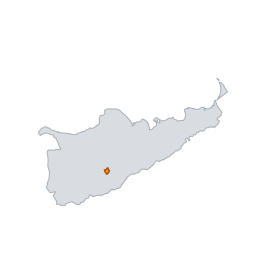 Rosario Vera Peñaloza, La Rioja, Argentina shown in context, rotated 234°
{"feature_id": "61730980B25026306557945", "entity_name": "Rosario Vera Peñaloza", "entity_type": "district", "adm_level": 2, "iso_a3": "ARG", "parent_name": "Argentina", "parent_adm1": "La Rioja", "projection": "orthographic", "projection_center": [-66.437, -31.455], "detail": "fine", "context": "in_parent", "style": "filled", "palette": "amber", "viewbox_px": 256, "rotation_deg": 234, "n_neighbors": 0, "source": "geoboundaries", "source_scale": "gbopen_adm2", "svg_char_len": 4086}
<svg xmlns="http://www.w3.org/2000/svg" viewBox="0 0 256 256"><g transform="rotate(234 128 128)"><path d="M154.7,79.9L153.1,82.4L153.3,84.1L151.7,88.0L152.0,88.8L150.8,90.6L151.0,92.7L150.3,94.6L150.4,97.1L149.9,97.9L149.0,98.0L148.1,101.4L148.6,104.8L147.9,105.4L148.9,107.9L152.5,110.3L154.2,112.6L154.2,113.6L153.1,114.8L152.9,115.9L153.3,117.5L154.1,118.5L155.9,119.3L155.9,121.5L155.5,122.8L151.7,127.5L150.7,129.5L147.4,131.5L139.2,133.4L132.8,134.1L129.2,133.7L126.9,132.6L127.0,135.4L128.1,136.2L127.5,136.3L128.0,136.8L127.6,139.0L126.8,139.5L126.2,141.3L126.1,142.9L126.8,144.3L126.0,145.6L123.3,146.9L120.1,147.1L114.3,144.9L114.5,144.5L114.2,144.4L113.3,144.8L112.8,146.6L113.4,149.5L113.2,152.0L113.5,152.8L115.6,153.8L115.4,154.8L116.1,154.9L117.6,154.7L117.8,153.9L117.1,153.6L119.1,153.0L119.8,154.1L119.8,156.6L119.4,157.3L117.8,157.8L117.4,157.6L116.6,155.8L115.8,155.4L113.5,156.3L113.3,156.9L116.5,158.3L114.1,159.6L112.2,161.9L112.0,166.3L111.6,167.5L110.3,168.6L110.1,169.4L110.5,169.9L110.3,170.7L107.8,170.5L106.1,171.8L104.5,172.3L101.7,177.2L102.1,179.5L105.3,182.9L109.2,183.9L109.7,185.0L109.6,186.4L109.1,187.2L107.6,187.9L108.9,187.9L109.4,188.6L102.5,194.7L101.6,196.5L101.3,200.2L100.8,200.9L99.4,201.7L98.4,200.9L97.7,199.6L97.7,200.7L96.4,201.1L98.0,201.1L98.7,202.0L96.7,203.4L96.1,204.6L95.9,206.3L95.2,207.3L95.8,207.1L96.5,210.3L94.9,210.6L96.9,211.1L99.2,214.8L99.0,215.1L98.9,214.7L93.1,213.2L85.3,213.2L85.3,212.7L83.4,210.8L83.6,209.4L83.2,208.2L83.5,207.0L83.2,205.7L82.5,205.3L80.0,206.2L78.2,202.7L78.2,200.7L77.6,199.4L77.9,197.8L79.2,197.6L79.5,195.9L81.1,194.5L81.0,192.8L82.0,191.8L82.2,191.0L81.1,188.9L81.6,186.6L83.3,184.7L83.0,182.5L84.0,181.3L83.0,178.4L84.0,177.1L83.4,176.4L83.3,174.8L84.3,174.3L84.9,172.6L83.7,171.1L81.7,170.7L81.6,169.9L85.2,169.7L85.5,168.4L85.3,167.7L82.5,167.5L82.4,165.8L82.9,164.7L82.4,163.6L82.5,162.6L81.7,161.1L82.4,160.4L80.4,159.0L80.3,156.4L80.6,155.8L80.3,154.4L81.9,153.1L81.0,150.6L80.9,145.9L80.5,144.7L81.4,142.7L80.8,141.5L81.5,140.5L81.1,138.1L82.0,137.8L82.4,133.6L84.5,132.3L85.0,131.4L83.2,126.2L83.2,124.2L82.9,123.3L83.2,122.2L82.8,120.5L83.3,118.4L84.9,117.6L85.0,116.9L86.5,115.4L86.3,112.0L85.5,110.3L86.3,109.7L86.8,107.0L87.9,104.3L88.9,103.7L88.6,100.6L88.9,97.8L87.5,97.3L87.8,95.3L87.2,94.9L86.9,92.8L85.9,90.9L85.8,90.1L86.3,89.5L85.2,88.8L84.5,87.1L84.6,85.5L84.7,84.5L85.8,83.6L85.6,82.9L86.4,79.6L87.6,79.4L88.2,78.2L87.5,77.6L87.6,75.7L87.0,72.9L88.1,71.5L88.9,67.1L91.5,63.9L93.2,59.0L94.6,58.9L96.2,57.8L94.6,54.7L95.5,52.7L94.4,48.5L94.7,47.0L95.6,46.0L94.6,44.5L94.9,43.1L96.3,41.6L101.4,39.3L103.4,32.9L102.3,31.7L105.1,28.0L107.2,27.3L108.0,25.4L110.6,27.2L115.2,27.3L117.4,28.1L119.0,31.9L121.5,27.0L127.8,26.9L129.0,28.8L131.3,30.9L132.9,33.7L137.9,38.3L144.4,40.8L148.2,44.0L152.8,46.8L155.0,47.5L156.7,49.4L157.0,50.7L155.9,51.7L155.0,53.6L153.7,54.5L153.1,55.8L153.1,57.3L150.5,60.3L150.5,61.5L153.0,61.4L158.7,63.1L161.5,63.3L162.4,63.9L164.0,62.6L166.5,63.5L168.3,61.1L169.9,60.7L171.8,59.2L172.8,57.1L173.6,52.6L174.5,53.0L176.2,52.5L177.5,53.6L178.4,57.6L177.8,61.3L176.9,62.7L175.1,63.4L174.1,64.3L171.2,64.8L169.6,66.6L166.0,68.4L166.1,69.5L165.0,69.3L158.6,76.5L154.7,79.9ZM98.7,229.7L98.4,216.8L99.9,219.3L99.2,219.2L99.0,220.4L100.2,220.6L100.9,222.1L103.6,224.9L107.5,227.7L111.3,228.6L110.2,230.0L106.5,230.6L104.2,229.9L98.7,229.7ZM112.8,229.5L114.0,229.0L116.3,229.0L113.3,229.9L112.8,229.5ZM128.9,134.8L128.8,135.4L128.0,134.4L128.9,134.8Z" fill="#d9dde1" stroke="#a8b0b8" stroke-width="1"/><path d="M106.5,83.7L105.1,83.7L104.8,83.7L104.7,83.7L104.3,83.7L103.4,83.7L103.2,83.7L103.0,84.2L103.3,84.5L103.2,84.9L103.1,85.6L103.3,85.9L103.4,86.0L103.9,87.1L104.4,87.1L104.5,87.5L104.6,87.9L105.2,87.9L105.4,87.9L105.6,88.0L106.4,88.0L107.4,88.3L107.5,88.3L107.5,88.2L107.5,87.9L107.6,87.7L107.7,87.4L107.6,87.2L107.6,86.9L107.6,86.7L107.5,86.4L107.4,86.3L107.4,86.2L107.2,86.1L107.2,85.9L107.2,85.6L107.3,84.8L107.3,84.7L107.7,84.4L107.4,84.3L106.8,84.3L106.8,84.0L106.6,83.7L106.5,83.7Z" fill="#f59e0b" stroke="#b45309" stroke-width="1.5"/></g></svg>